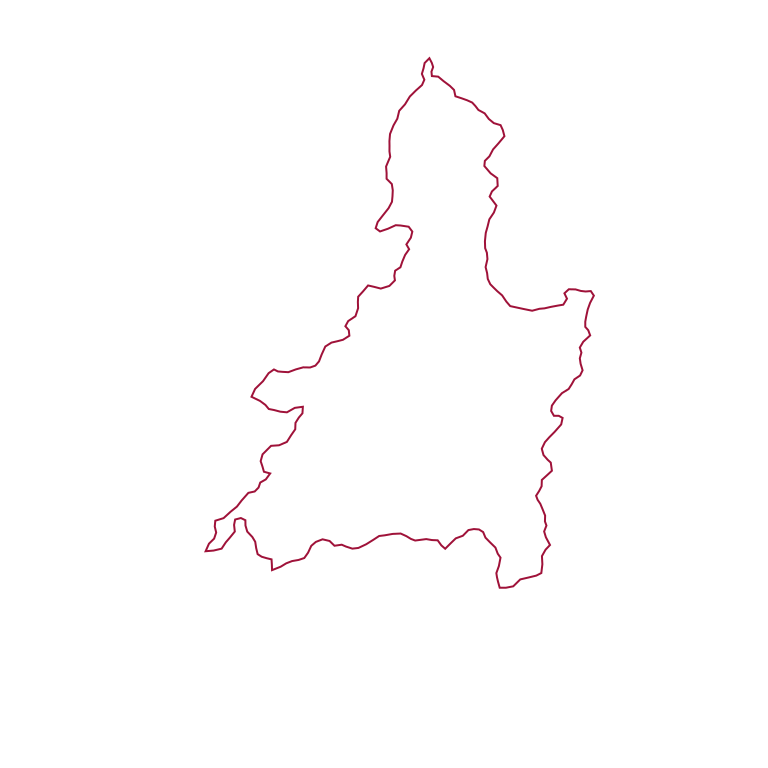 Dores de Guanhães, Minas Gerais, Brazil, rotated 236°
{"feature_id": "56859067B7417265960826", "entity_name": "Dores de Guanhães", "entity_type": "district", "adm_level": 2, "iso_a3": "BRA", "parent_name": "Brazil", "parent_adm1": "Minas Gerais", "projection": "equal_earth", "projection_center": [-42.922, -19.035], "detail": "fine", "context": "isolated", "style": "outline", "palette": "rose", "viewbox_px": 768, "rotation_deg": 236, "n_neighbors": 0, "source": "geoboundaries", "source_scale": "gbopen_adm2", "svg_char_len": 3766}
<svg xmlns="http://www.w3.org/2000/svg" viewBox="0 0 768 768"><g transform="rotate(236 384 384)"><path d="M552.7,500.9L545.4,502.3L539.7,499.6L535.0,496.1L530.6,492.5L527.2,486.1L524.4,477.3L521.8,469.3L517.8,464.2L512.7,466.0L510.5,474.1L509.1,482.5L506.1,486.4L500.6,492.4L494.5,492.7L490.3,488.1L487.2,480.6L481.7,480.2L479.2,473.7L475.3,467.7L471.6,462.9L471.7,456.6L467.9,453.0L463.8,451.0L462.3,443.3L464.9,434.7L470.1,430.1L474.6,425.9L472.5,418.4L470.8,411.4L466.6,408.2L461.3,404.9L456.2,398.3L456.2,389.5L453.5,384.3L448.3,384.9L443.4,382.3L443.6,374.7L445.6,369.1L447.7,363.6L447.9,356.3L443.3,348.8L439.1,342.8L437.6,337.4L439.0,332.0L443.0,326.3L445.4,319.1L447.3,311.3L450.8,306.7L453.7,303.1L457.6,300.9L457.5,294.4L454.0,285.3L452.0,274.4L447.5,267.0L439.4,271.7L432.9,274.0L427.7,274.5L424.0,278.2L419.0,282.6L414.8,287.7L414.1,296.7L410.5,304.0L405.3,300.0L403.8,294.6L401.3,288.9L396.1,285.1L393.5,278.4L390.3,271.1L391.9,262.7L395.9,255.8L393.6,244.0L389.0,238.6L383.6,237.1L378.4,235.4L373.5,239.6L371.0,232.7L371.5,226.3L368.3,222.1L367.2,216.7L369.6,210.7L367.0,200.7L364.6,193.5L363.9,185.4L362.5,176.0L365.0,167.7L360.5,164.0L354.7,161.8L350.8,156.7L349.5,149.6L345.1,142.6L341.2,149.6L338.3,157.3L341.2,164.3L342.8,170.2L345.1,177.8L351.0,180.9L354.9,184.8L352.9,190.4L348.6,192.9L344.1,190.0L338.1,188.1L330.8,189.3L325.2,189.0L319.5,186.3L313.6,184.1L309.2,186.0L305.2,189.3L301.5,192.7L296.9,190.0L292.3,187.1L290.3,196.2L290.0,202.7L288.6,208.8L285.9,214.8L284.3,220.6L286.6,226.7L290.5,233.2L291.2,239.2L289.6,246.2L284.3,251.1L277.6,252.5L274.4,259.1L270.6,261.5L265.2,265.7L262.4,271.1L261.1,279.6L260.8,288.0L260.7,295.0L258.1,300.1L254.9,307.3L250.7,314.2L245.3,317.5L240.5,319.7L236.8,322.3L234.5,326.9L231.8,332.3L227.8,336.5L224.4,341.1L218.2,341.3L213.2,342.6L214.8,350.9L215.9,357.2L214.1,364.5L215.7,372.3L213.5,377.4L210.3,381.4L205.8,383.4L199.9,382.2L193.3,383.4L186.1,384.9L179.7,383.4L174.9,383.5L168.8,377.4L164.4,371.4L160.6,369.6L156.4,368.0L150.4,366.0L146.9,371.2L144.0,378.0L145.8,387.7L142.8,395.5L140.0,403.1L139.3,408.7L146.0,414.5L153.0,418.7L156.3,425.3L157.7,431.6L166.4,432.5L172.2,434.3L175.8,439.5L180.1,440.6L184.8,444.0L191.3,445.4L197.3,446.6L202.1,446.6L206.3,447.6L208.5,452.7L211.1,457.5L216.2,461.2L217.1,467.5L218.2,474.7L225.6,478.3L229.7,477.3L235.9,476.5L242.1,478.6L245.8,484.9L247.4,491.2L248.9,498.7L251.4,508.3L256.0,513.1L259.9,511.1L262.6,507.1L268.2,507.5L272.2,511.1L274.5,517.1L276.9,526.4L276.6,534.3L278.9,539.6L281.4,544.5L281.4,551.3L284.3,556.3L290.8,558.3L295.8,560.7L299.6,565.2L304.7,566.7L307.6,572.8L309.0,582.1L314.4,583.4L318.8,582.8L323.1,585.7L326.8,589.3L331.8,594.5L336.0,600.2L339.9,607.4L345.4,607.4L348.0,602.8L351.1,599.2L355.3,595.7L359.2,590.2L358.3,584.3L352.4,583.4L349.5,577.0L351.7,572.2L354.6,565.5L357.0,559.3L359.4,555.0L361.9,547.8L368.1,541.7L373.3,536.7L378.0,532.2L383.9,531.5L391.4,531.5L397.7,529.8L402.5,528.8L407.3,527.9L413.1,528.8L418.3,531.5L424.1,533.6L429.7,539.6L435.3,542.7L440.0,543.8L445.9,547.5L452.4,552.9L456.7,558.0L461.6,563.4L464.7,571.0L469.0,577.0L475.0,576.7L480.3,576.4L483.3,581.2L484.6,589.0L491.3,593.0L499.0,590.2L508.6,589.1L512.6,592.4L513.8,598.7L517.5,605.6L519.5,613.5L522.1,622.4L528.1,624.5L533.4,625.4L538.9,620.9L545.1,619.1L552.1,618.8L558.4,615.5L563.4,615.2L568.0,614.5L572.7,611.6L577.6,608.0L582.6,604.1L588.6,606.5L594.4,605.3L601.6,602.8L608.5,600.8L612.5,595.9L616.4,598.0L619.3,602.0L623.5,603.2L628.7,603.8L627.4,597.2L623.6,593.3L619.9,588.8L613.7,587.6L610.6,582.7L609.5,574.6L607.9,566.2L604.1,557.8L602.0,549.4L596.5,543.4L593.1,536.5L587.9,528.8L582.3,524.3L578.3,521.7L573.8,518.6L568.9,516.2L566.0,511.7L563.1,507.3L557.4,504.1L552.7,500.9Z" fill="none" stroke="#9f1239" stroke-width="2"/></g></svg>